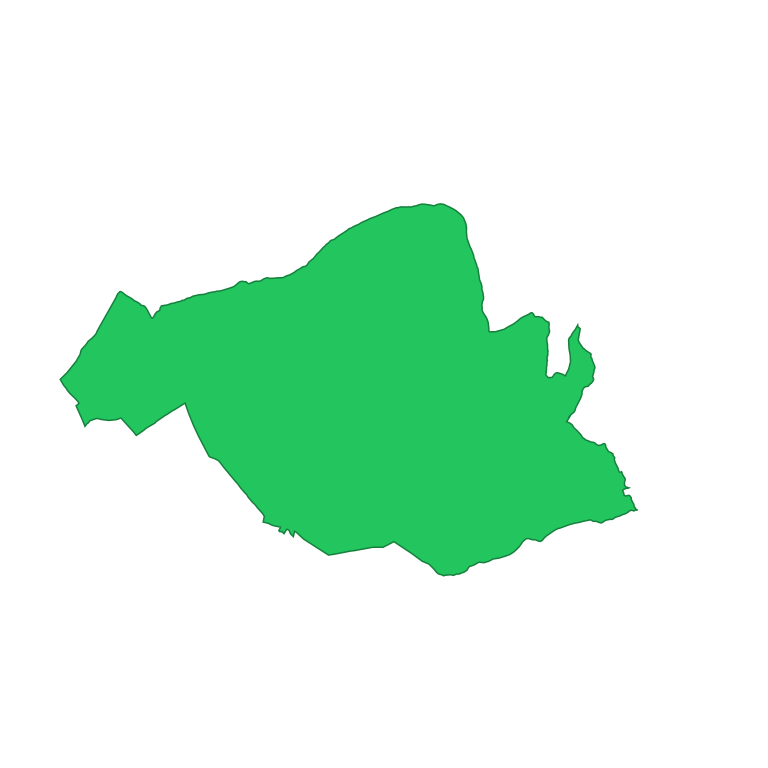 Samsud, Salaj, Romania, rotated 300°
{"feature_id": "2599482B8829364440504", "entity_name": "Samsud", "entity_type": "district", "adm_level": 2, "iso_a3": "ROU", "parent_name": "Romania", "parent_adm1": "Salaj", "projection": "natural_earth1", "projection_center": [22.948, 47.339], "detail": "fine", "context": "isolated", "style": "filled", "palette": "green", "viewbox_px": 768, "rotation_deg": 300, "n_neighbors": 0, "source": "geoboundaries", "source_scale": "gbopen_adm2", "svg_char_len": 6171}
<svg xmlns="http://www.w3.org/2000/svg" viewBox="0 0 768 768"><g transform="rotate(300 384 384)"><path d="M447.9,561.2L447.5,560.9L448.2,560.6L450.5,561.1L454.7,562.6L456.4,562.7L459.4,561.9L469.7,561.4L473.8,560.7L476.5,559.3L478.9,558.9L480.5,559.0L482.5,559.8L483.2,560.9L484.1,561.9L487.3,562.6L488.1,563.1L491.1,563.6L493.0,563.2L494.8,560.9L499.3,559.8L501.2,558.9L502.7,558.8L504.3,558.1L508.3,552.9L510.2,551.0L510.5,549.7L513.4,548.4L513.7,547.6L513.9,542.1L514.4,540.5L514.5,538.7L517.5,532.3L519.3,530.1L529.8,526.4L530.1,526.0L530.5,523.4L531.9,522.3L527.2,522.4L521.8,521.8L519.2,522.0L516.1,521.4L513.8,522.2L506.9,526.7L502.1,530.8L496.5,534.4L489.2,536.5L484.5,536.7L482.8,536.9L481.9,537.2L481.7,536.2L481.7,533.7L480.6,528.7L480.2,528.1L479.0,527.1L477.7,526.7L474.0,526.4L472.9,525.1L471.7,523.0L471.8,522.2L472.8,519.6L473.6,519.0L474.5,519.0L481.0,515.8L481.9,515.7L484.0,514.3L486.1,513.8L486.8,512.9L488.2,512.3L488.9,511.6L489.6,511.5L490.3,511.7L491.9,510.9L493.3,509.9L494.1,509.8L494.7,509.5L494.7,509.0L495.5,508.4L496.8,507.9L497.5,507.3L500.3,505.6L502.0,504.1L504.7,502.2L506.0,501.8L508.1,501.9L511.9,501.3L513.0,500.6L515.2,498.6L518.1,497.3L519.9,495.9L519.5,493.8L519.6,492.4L520.1,490.0L520.9,487.7L520.1,486.2L519.5,484.1L517.9,481.2L517.9,480.5L519.3,478.4L519.7,477.0L519.6,476.2L519.2,475.7L516.8,474.5L511.8,471.0L509.0,469.4L504.5,467.8L500.5,466.0L494.9,462.5L491.6,460.8L485.1,454.5L482.3,449.9L482.0,448.7L482.2,448.3L484.1,447.3L489.1,443.7L491.5,441.1L492.7,439.4L495.4,434.1L497.0,432.0L499.8,430.5L501.3,429.1L502.1,429.0L505.3,427.8L506.5,428.0L509.0,426.8L512.6,423.9L515.1,421.3L515.8,420.8L516.8,420.5L519.4,418.2L521.8,414.9L531.3,407.3L531.7,406.1L533.2,405.0L538.5,398.6L540.1,397.4L541.9,395.3L544.5,392.0L545.8,389.9L551.9,382.8L557.0,379.3L560.5,377.4L563.7,374.8L567.6,369.8L569.0,366.2L570.1,359.8L570.2,357.1L570.0,351.5L569.6,349.3L569.6,347.3L569.4,345.8L568.2,342.8L566.3,340.5L563.3,338.3L562.0,334.3L559.8,328.8L558.5,326.5L556.4,324.4L554.7,323.1L552.3,320.3L550.9,319.2L550.2,317.6L548.2,314.4L545.8,310.0L544.2,308.5L542.5,306.3L539.1,303.5L535.4,301.0L531.4,297.7L524.7,292.9L520.1,289.0L518.5,288.1L512.8,283.9L509.4,282.1L506.2,279.6L501.9,277.1L501.5,276.3L497.8,274.9L489.4,270.5L484.5,268.6L483.5,267.9L482.2,266.5L481.3,266.0L478.5,265.4L475.9,264.2L474.0,263.9L471.4,263.0L466.9,262.1L462.9,260.9L457.5,260.1L452.3,258.1L447.9,257.8L446.2,256.7L445.6,255.8L444.2,254.6L443.0,254.2L438.6,251.6L435.5,250.3L431.3,247.7L428.7,245.3L426.4,243.9L425.3,242.9L422.0,237.6L421.3,236.9L418.7,232.9L417.5,229.5L415.2,227.5L411.7,225.6L410.6,224.7L409.7,222.7L408.1,220.6L403.4,217.0L403.1,216.0L403.6,213.4L402.8,211.9L402.1,209.9L401.0,208.5L399.7,207.6L395.7,206.3L392.9,205.0L389.3,201.9L382.6,195.6L380.8,192.8L379.2,191.3L378.0,189.7L375.4,186.7L371.8,183.5L368.9,179.3L364.4,174.5L361.8,173.0L360.4,171.2L359.0,170.1L356.3,168.9L355.8,167.5L353.9,166.5L351.8,164.1L349.2,161.8L347.3,159.4L344.3,157.0L340.5,152.3L338.0,152.1L336.6,152.7L335.8,152.8L334.8,152.6L333.1,151.3L332.2,151.1L330.3,150.8L327.2,150.9L325.8,150.7L325.2,150.3L325.1,149.3L330.1,141.4L331.6,138.2L331.6,136.9L330.8,134.5L331.3,132.8L331.6,130.0L331.3,125.9L331.8,123.3L331.8,118.7L331.7,116.9L332.5,111.1L332.3,109.6L331.8,109.0L328.5,108.3L325.0,108.7L287.0,109.1L284.0,109.5L281.5,109.2L277.0,108.0L273.2,106.5L268.7,106.1L262.9,104.8L261.4,104.9L257.7,106.0L249.7,106.0L235.2,103.8L226.1,101.3L222.8,107.0L221.2,111.2L220.0,113.4L218.8,116.6L217.4,122.4L215.9,127.4L215.1,129.0L214.4,129.5L211.2,128.2L202.0,140.9L197.8,146.2L201.3,146.7L202.6,147.4L205.2,147.7L209.6,151.6L210.9,153.0L211.9,156.9L214.9,164.0L219.3,170.0L223.0,173.2L217.4,190.7L215.6,195.2L224.0,199.2L226.1,199.8L227.5,200.5L235.5,205.1L237.4,205.5L246.6,209.8L250.3,211.9L255.2,214.2L256.2,215.0L268.0,221.3L260.8,229.6L252.6,240.1L246.3,249.1L234.0,268.5L233.7,269.6L234.7,275.0L234.9,278.4L234.2,281.0L231.7,286.9L225.6,303.4L224.2,307.8L222.2,312.0L220.1,318.2L219.5,320.5L218.0,323.1L217.6,324.2L215.9,328.9L215.1,332.4L213.4,336.6L211.1,343.7L209.4,346.8L208.3,346.9L204.0,348.4L205.2,352.3L205.6,354.3L205.7,357.3L206.3,360.0L208.3,365.8L207.7,366.2L204.7,366.2L204.3,366.5L204.0,367.4L205.0,369.7L204.4,372.3L209.6,372.4L209.9,374.3L209.3,375.8L208.1,377.0L207.3,378.5L206.5,381.8L211.8,380.2L211.7,381.1L211.8,382.2L209.5,391.9L208.1,421.5L212.2,426.6L222.7,438.7L224.9,441.7L237.0,455.9L242.1,464.8L252.4,471.4L251.1,492.8L249.6,505.7L250.5,513.1L248.9,519.1L247.1,524.0L246.8,526.2L247.0,527.4L247.6,529.1L247.7,531.5L249.0,532.6L252.1,537.0L253.0,539.9L255.8,541.9L256.8,543.8L257.4,544.5L259.5,545.9L260.7,547.2L263.0,548.4L264.3,548.9L267.8,549.0L268.9,549.5L271.5,551.8L273.9,553.5L276.7,555.0L277.5,556.0L279.2,559.9L282.9,563.4L287.0,566.0L290.8,570.7L295.4,575.0L299.2,578.2L303.5,580.4L306.3,581.3L310.8,582.5L317.3,583.1L320.8,584.4L321.7,585.3L322.4,586.5L323.4,590.6L324.7,592.7L325.2,596.4L326.0,598.3L327.6,599.2L331.8,600.0L334.2,600.9L343.1,605.1L346.0,607.1L347.0,608.3L354.9,614.9L359.4,619.4L361.1,621.6L365.0,625.5L369.3,630.4L369.7,631.5L369.7,633.8L371.1,636.4L371.9,640.7L372.6,642.0L376.8,644.1L379.9,647.5L380.5,648.9L382.1,650.2L384.2,650.9L387.2,653.8L390.7,656.4L391.8,657.5L394.6,659.3L396.7,660.0L398.1,661.1L398.8,662.4L399.0,663.9L400.4,664.7L401.6,666.7L401.5,664.8L402.3,663.7L402.3,663.0L403.2,661.8L404.9,660.3L405.8,658.6L407.8,655.7L409.2,654.9L410.2,652.5L409.8,651.4L408.0,649.6L407.7,647.7L408.3,647.0L409.5,646.1L410.7,644.3L411.2,643.9L412.9,644.5L414.9,646.2L415.7,647.4L416.5,648.0L415.8,644.9L416.3,643.4L417.0,642.7L418.9,641.5L421.6,640.8L422.8,639.9L424.4,636.5L426.8,633.6L425.4,632.4L425.5,631.5L428.2,628.6L431.4,623.7L433.9,621.1L435.4,620.8L436.8,617.9L437.9,617.3L438.1,614.8L437.7,612.4L438.1,611.3L438.8,610.6L439.4,609.1L440.5,607.4L441.8,606.6L442.6,605.2L442.3,604.1L441.4,603.4L440.1,602.9L437.9,600.3L437.9,598.4L438.4,595.8L438.2,594.5L436.9,591.4L437.1,590.5L436.4,586.3L436.8,585.0L437.0,582.4L438.2,580.5L438.8,578.9L440.2,574.4L441.1,570.3L442.8,567.2L443.1,564.8L442.7,561.1L443.2,560.8L444.0,561.1L447.9,561.2Z" fill="#22c55e" stroke="#15803d" stroke-width="1.5"/></g></svg>